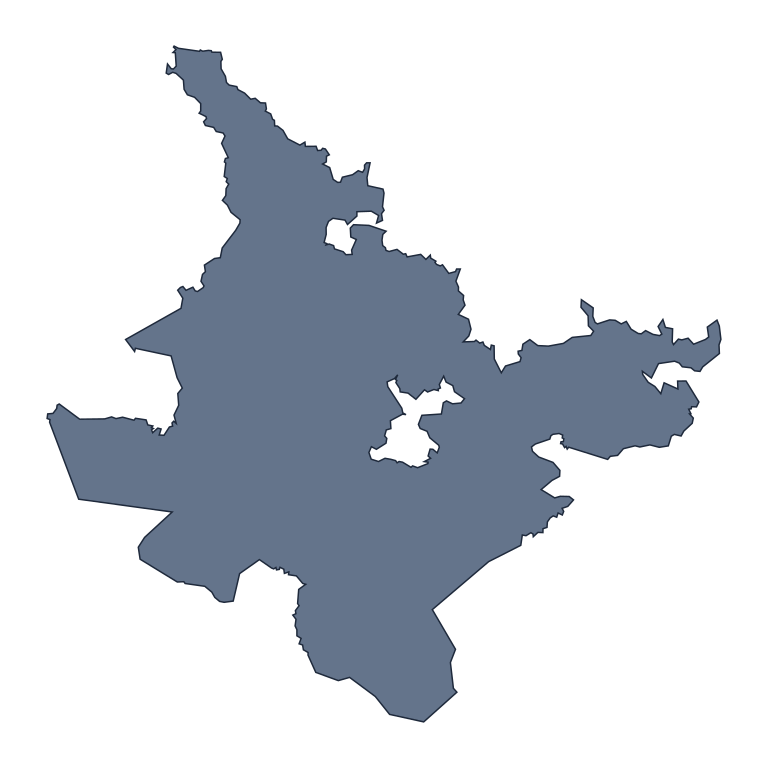 San Juan Lalana, Oaxaca, Mexico
{"feature_id": "50627088B92037295978986", "entity_name": "San Juan Lalana", "entity_type": "district", "adm_level": 2, "iso_a3": "MEX", "parent_name": "Mexico", "parent_adm1": "Oaxaca", "projection": "albers", "projection_center": [-95.758, 17.512], "detail": "fine", "context": "isolated", "style": "filled", "palette": "slate", "viewbox_px": 768, "rotation_deg": 0, "n_neighbors": 0, "source": "geoboundaries", "source_scale": "gbopen_adm2", "svg_char_len": 6087}
<svg xmlns="http://www.w3.org/2000/svg" viewBox="0 0 768 768"><path d="M717.0,320.1L707.3,327.1L708.7,337.0L705.4,339.5L693.6,344.2L688.1,338.2L681.8,339.9L678.4,339.1L673.5,344.6L672.2,341.9L672.6,328.8L665.4,327.4L662.9,319.5L658.1,326.5L661.8,334.1L659.6,335.6L653.0,334.4L645.6,330.6L641.3,333.8L638.2,333.5L631.1,329.2L626.3,321.4L621.2,323.9L615.2,320.3L609.6,319.9L597.4,323.9L595.1,322.4L592.8,316.4L593.2,307.9L581.4,299.7L581.0,307.3L588.1,315.8L588.4,325.8L593.6,331.2L590.8,335.5L572.2,337.4L563.4,343.4L548.4,346.1L537.8,345.6L529.8,339.6L522.9,344.2L521.9,350.4L518.1,351.2L518.3,354.0L521.1,357.7L520.0,361.6L505.5,366.0L501.3,372.8L494.3,359.0L494.1,345.8L491.3,345.1L490.4,349.5L484.3,345.4L482.9,342.0L479.7,343.1L476.0,340.1L474.4,341.5L463.2,341.9L468.8,336.0L471.0,329.2L468.5,319.2L458.3,314.4L465.0,305.2L463.2,299.9L463.6,295.5L458.4,290.9L458.5,287.1L455.9,281.2L460.3,269.0L456.6,269.0L455.5,271.6L448.8,273.4L442.5,264.8L440.2,265.9L436.5,264.4L435.0,262.4L435.9,261.2L430.7,258.1L430.3,255.1L425.9,259.4L420.7,254.4L407.1,256.9L405.7,253.7L403.3,254.2L397.0,249.4L389.1,251.5L386.0,250.4L385.4,247.7L382.7,245.6L382.0,240.2L382.8,234.4L386.1,231.2L369.0,225.4L353.5,224.7L350.3,228.1L350.8,237.0L356.3,239.5L351.6,250.1L352.2,254.4L345.9,254.7L343.2,251.7L334.5,248.9L333.6,245.6L329.2,244.0L326.1,244.9L326.8,243.6L324.1,242.5L326.2,234.4L326.1,227.5L328.5,221.4L332.9,218.3L345.0,220.1L347.5,224.5L356.9,216.1L356.9,211.7L371.3,211.2L378.6,215.5L376.5,223.1L382.5,220.4L381.5,213.7L384.1,210.3L382.5,206.8L384.0,193.1L383.0,189.1L367.8,185.7L367.0,177.6L370.1,162.8L366.6,162.8L364.5,165.2L364.6,168.9L362.6,172.3L358.2,170.7L352.6,174.7L342.4,177.2L340.5,182.2L337.7,182.4L333.2,179.4L329.7,167.6L322.6,164.0L326.3,161.9L326.5,156.2L329.3,154.8L325.4,149.0L322.7,148.3L321.0,150.3L317.6,150.5L316.1,146.3L305.4,146.4L304.9,142.1L299.9,145.1L287.7,138.8L283.0,130.4L277.5,126.1L274.7,125.9L274.4,120.3L272.6,119.3L270.7,113.9L265.3,111.1L266.4,108.9L265.5,103.0L260.4,102.8L255.2,98.3L250.7,99.2L244.6,93.1L237.9,89.6L236.8,86.6L229.2,85.1L226.5,82.5L225.4,76.3L221.1,68.8L220.9,61.4L222.3,59.3L220.6,52.3L211.9,52.2L211.3,50.7L208.4,50.4L202.7,51.2L200.3,50.0L199.5,51.3L178.5,48.3L174.1,46.1L173.5,47.1L176.0,49.6L173.0,52.5L175.3,52.7L176.2,66.1L173.4,69.0L171.2,68.7L167.5,64.0L166.2,73.1L168.6,74.5L172.7,72.3L176.1,73.4L183.4,80.1L184.1,89.3L187.4,94.8L194.6,97.3L200.7,103.6L200.7,111.0L199.1,113.2L206.0,116.6L206.5,118.6L203.6,121.8L205.4,125.5L213.7,127.4L216.2,131.5L223.1,133.0L225.0,136.0L221.6,143.4L228.3,157.7L225.4,158.5L224.4,161.9L225.8,163.1L224.2,176.5L227.3,178.5L226.2,181.7L228.7,184.1L226.1,188.6L225.8,195.6L222.4,200.4L227.4,205.1L231.0,212.3L240.1,219.7L239.9,223.1L235.7,230.3L222.2,248.0L220.3,257.7L214.5,258.5L204.4,265.1L205.4,271.7L202.5,274.4L201.0,281.3L204.0,285.9L203.2,287.6L197.5,291.5L195.2,290.9L192.9,287.2L186.0,290.3L182.9,286.5L180.4,287.5L177.7,290.2L182.8,298.2L181.0,308.3L125.6,339.5L134.6,351.5L135.4,348.3L171.1,355.9L177.1,377.7L182.3,388.1L177.8,393.5L178.7,405.3L174.0,415.1L176.2,423.4L173.7,421.2L172.0,423.0L172.6,426.1L169.4,427.0L164.0,435.3L159.2,435.0L161.1,429.0L157.8,428.1L152.7,432.7L151.5,429.8L153.4,428.5L151.4,427.7L152.8,426.0L147.8,424.9L146.1,419.9L135.5,418.3L134.0,420.2L122.6,417.2L116.0,418.6L111.6,416.9L104.7,418.9L79.7,419.2L59.2,404.0L57.1,405.2L56.7,408.5L53.0,413.4L47.7,413.9L47.1,418.5L50.0,419.6L49.6,422.2L78.7,499.2L172.2,512.0L144.6,537.4L138.3,547.2L140.1,559.2L177.3,582.0L183.8,581.7L185.1,583.5L204.8,586.3L211.8,592.1L214.8,597.4L219.6,601.4L224.1,602.3L233.2,601.1L239.6,573.6L259.4,559.6L271.5,568.0L273.7,568.9L275.9,567.5L276.5,569.9L279.3,569.4L280.0,567.3L283.8,569.2L284.4,573.4L288.8,571.9L288.5,574.7L296.4,575.9L302.7,583.4L305.7,584.3L298.7,589.4L297.6,603.6L299.1,605.7L295.4,610.6L295.9,613.7L292.8,615.1L296.0,619.3L295.1,625.9L296.9,629.7L296.9,635.8L301.1,638.4L299.1,643.8L302.6,645.0L303.4,649.8L308.1,652.5L308.0,655.1L315.8,672.4L338.3,680.6L349.6,677.4L375.3,696.5L389.6,714.4L423.7,721.9L456.9,692.2L453.4,688.3L450.4,662.5L455.5,649.3L432.3,609.6L488.7,561.6L520.8,545.3L522.3,535.0L526.0,535.7L530.9,532.7L533.0,534.0L533.3,536.7L537.9,532.4L542.9,532.6L543.0,528.7L547.0,527.4L547.4,521.9L550.2,517.9L553.2,515.9L556.7,517.2L558.1,513.0L562.3,515.0L563.7,511.4L562.1,508.3L567.8,506.4L573.5,499.9L569.2,496.5L560.3,496.3L554.7,497.9L541.1,489.6L552.0,480.4L559.6,476.3L559.9,470.4L553.0,462.4L538.7,457.0L532.5,451.3L531.5,446.9L535.4,444.0L549.8,439.1L550.9,435.7L553.0,434.3L559.1,433.5L562.7,435.1L562.2,437.9L563.8,438.7L563.4,441.6L561.0,441.8L560.6,443.6L562.6,444.0L564.6,447.6L566.1,446.4L567.2,449.1L568.7,447.2L607.7,459.4L610.3,456.3L617.6,455.4L623.4,448.7L635.1,445.8L639.8,447.0L649.9,444.9L659.3,447.3L668.3,445.9L671.3,436.2L674.3,434.4L681.1,436.0L683.8,431.1L692.2,423.3L693.3,418.1L689.5,413.9L690.9,413.7L688.7,409.2L691.2,408.8L691.6,406.7L696.5,406.9L698.9,402.0L686.0,381.0L677.6,381.1L677.9,389.0L664.1,382.8L660.8,393.7L654.9,386.5L648.2,382.3L642.7,374.4L642.4,371.3L651.4,378.0L658.5,363.6L674.6,361.2L679.3,363.1L682.3,366.8L691.0,367.8L694.6,370.8L700.0,371.4L702.7,366.9L719.4,353.5L719.0,344.9L720.9,339.4L719.3,326.0L717.0,320.1ZM443.7,376.2L446.1,382.1L452.8,385.6L454.5,391.7L464.5,398.7L461.0,403.0L452.5,403.8L446.5,400.9L443.3,402.8L441.4,414.0L421.9,415.3L418.4,424.4L420.2,428.5L427.1,431.3L429.8,437.8L438.7,445.2L439.3,447.2L437.2,452.9L432.9,449.3L430.1,449.1L428.1,456.0L430.6,458.3L424.3,461.6L428.1,462.2L427.9,463.6L417.6,467.7L412.6,465.9L411.0,467.3L402.6,462.2L399.1,461.5L397.1,462.8L395.6,460.6L390.8,459.3L385.0,458.3L378.5,461.5L371.2,459.2L368.9,452.5L371.4,446.7L376.4,449.3L386.0,443.2L386.8,438.4L384.6,435.9L386.3,429.9L390.9,428.6L390.4,420.7L402.5,414.2L406.0,414.6L402.8,412.9L401.8,408.2L387.8,386.7L387.1,381.9L394.6,378.5L397.7,374.8L395.5,379.5L396.8,380.4L395.9,382.6L399.8,388.6L400.2,391.9L408.0,393.1L415.9,399.3L424.5,389.8L427.6,392.0L433.9,389.5L438.3,390.6L438.1,389.1L440.4,388.0L439.3,384.5L443.7,376.2Z" fill="#64748b" stroke="#1e293b" stroke-width="1.5"/></svg>